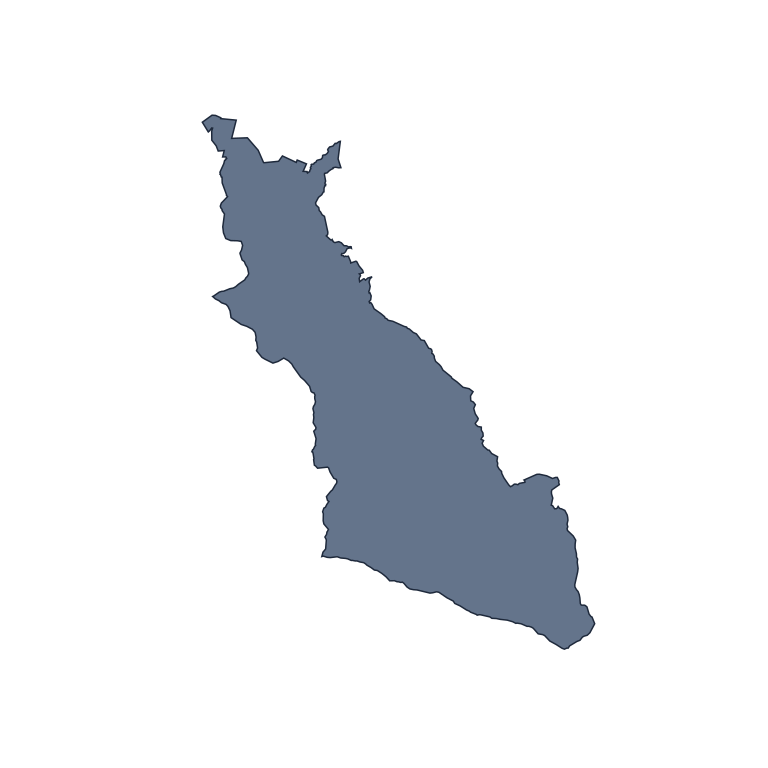 Dumitrita, Bistrita-Nasaud, Romania (Mercator projection), rotated 69°
{"feature_id": "2599482B55975962781484", "entity_name": "Dumitrita", "entity_type": "district", "adm_level": 2, "iso_a3": "ROU", "parent_name": "Romania", "parent_adm1": "Bistrita-Nasaud", "projection": "mercator", "projection_center": [24.726, 47.079], "detail": "fine", "context": "isolated", "style": "filled", "palette": "slate", "viewbox_px": 768, "rotation_deg": 69, "n_neighbors": 0, "source": "geoboundaries", "source_scale": "gbopen_adm2", "svg_char_len": 6158}
<svg xmlns="http://www.w3.org/2000/svg" viewBox="0 0 768 768"><g transform="rotate(69 384 384)"><path d="M522.8,503.9L522.9,502.4L525.5,499.1L526.8,496.4L528.5,489.6L530.9,486.8L533.0,482.5L534.2,480.6L537.0,477.8L537.3,476.8L539.0,474.1L539.5,472.6L541.5,470.3L543.5,467.0L545.3,465.7L547.0,464.9L550.7,461.9L554.2,459.7L555.7,457.1L559.9,454.0L564.7,451.2L569.8,449.2L571.4,444.7L573.3,442.7L573.7,441.6L575.3,439.4L575.6,437.8L577.3,436.8L581.7,435.3L584.6,433.3L586.6,430.2L588.1,427.0L595.7,416.0L596.4,413.2L596.8,409.5L598.1,407.4L606.2,401.8L611.5,397.1L614.2,396.6L618.4,392.5L624.6,387.9L626.5,385.9L628.1,384.9L632.2,380.4L633.2,379.9L633.5,377.8L634.1,376.5L639.4,368.6L641.4,367.3L643.2,363.2L645.4,359.8L648.6,353.6L652.1,349.0L654.7,346.7L654.9,345.5L657.0,341.9L661.5,337.3L662.2,335.5L663.9,333.4L665.5,332.2L672.5,329.6L674.8,325.7L676.4,324.2L683.4,321.3L688.8,316.7L694.5,312.5L696.2,310.6L696.1,308.0L696.6,306.7L695.0,304.6L693.5,296.2L693.5,292.9L691.4,289.5L691.1,287.6L691.4,284.3L690.0,280.9L683.3,273.2L676.1,273.3L675.3,274.1L672.3,275.0L664.8,274.4L662.9,275.5L662.2,276.3L661.4,278.6L660.8,279.2L659.3,279.4L653.9,277.8L650.7,277.2L647.3,277.2L645.1,278.0L641.9,278.5L639.7,277.8L628.9,270.6L625.7,268.9L619.7,267.5L616.8,266.0L614.6,266.3L611.5,265.2L605.4,264.3L601.9,262.9L598.5,261.0L593.7,261.8L586.5,265.2L584.6,264.9L583.2,263.6L580.4,263.3L577.1,261.1L574.3,260.3L572.0,259.9L566.8,260.5L564.1,263.1L563.1,264.7L560.7,265.3L561.9,266.8L562.2,267.6L561.7,269.4L558.0,270.2L557.1,271.3L551.0,267.3L546.7,267.0L544.5,266.3L543.0,265.2L540.8,256.4L538.5,256.2L537.3,255.4L533.3,255.7L532.7,257.4L532.6,260.5L528.0,265.0L523.9,271.3L523.1,273.7L523.8,287.7L524.9,287.2L526.3,287.7L525.3,293.2L526.0,295.1L524.8,296.7L524.2,298.3L525.0,300.8L525.2,302.7L522.9,303.7L514.5,305.7L509.5,306.1L507.8,305.6L504.5,307.0L501.2,307.5L498.6,306.2L496.4,306.2L492.6,304.0L487.5,308.4L483.5,309.5L482.8,310.8L477.7,313.5L474.5,313.6L472.4,311.3L470.4,313.2L469.1,311.9L468.2,310.1L465.2,309.2L462.0,309.7L459.1,308.6L457.3,311.6L454.9,312.8L453.4,312.9L451.3,309.4L449.9,308.4L444.5,309.5L439.0,309.0L436.0,306.1L432.9,307.0L430.7,309.0L426.1,307.5L423.1,303.6L418.9,306.2L415.4,311.4L408.2,315.1L402.9,318.6L401.6,318.6L392.2,324.0L388.2,324.5L385.7,325.4L381.4,327.7L377.8,327.7L376.1,327.1L373.6,327.5L372.5,328.4L370.8,327.4L368.7,327.3L367.7,328.0L366.6,329.5L357.9,330.8L356.2,333.6L348.8,335.8L346.4,338.2L341.8,340.6L340.4,342.2L338.9,342.5L337.5,344.5L328.6,353.3L326.0,357.3L324.1,358.0L322.7,359.4L321.5,359.3L317.5,361.5L310.3,366.3L305.4,366.6L303.2,367.2L303.2,368.4L301.6,368.3L300.7,366.3L297.2,364.4L293.6,364.5L293.7,365.2L292.0,365.0L291.2,364.0L287.9,361.9L283.4,361.4L280.9,359.5L279.6,356.7L279.3,361.2L280.4,364.0L278.6,364.9L278.5,365.6L279.8,370.1L276.4,369.3L274.5,367.1L273.3,367.1L272.4,367.6L272.6,363.4L270.2,363.2L264.8,365.0L260.0,365.6L259.3,366.2L259.1,371.7L257.7,371.3L251.9,371.5L251.6,373.1L250.8,374.2L250.9,375.6L249.7,375.9L248.8,377.6L248.0,377.5L247.1,376.6L247.4,376.3L247.6,374.6L246.8,372.6L244.4,369.9L244.8,366.6L245.7,365.8L244.1,365.5L243.6,366.4L243.4,367.9L241.6,369.4L240.5,371.8L236.9,373.2L234.9,375.2L234.4,379.1L233.8,379.8L233.1,380.3L230.9,380.6L231.3,380.9L230.7,381.1L230.4,382.1L225.1,384.8L224.8,384.6L224.9,384.0L223.9,382.8L222.1,382.0L206.1,379.5L203.9,381.1L200.5,381.6L198.9,382.3L195.9,381.7L192.6,383.3L190.4,383.0L186.3,378.3L185.0,374.3L183.0,371.8L183.1,371.2L179.7,369.8L177.6,368.1L177.9,367.5L176.7,366.8L176.1,367.3L175.2,367.1L173.7,365.8L167.3,364.6L166.1,364.0L166.5,361.3L165.5,359.2L164.8,356.7L164.6,354.3L163.8,354.0L164.3,351.5L166.0,348.7L166.6,346.7L157.4,346.2L141.8,337.8L141.6,339.0L142.4,342.4L141.8,343.3L143.6,346.5L143.2,349.8L144.3,351.8L145.2,352.7L146.9,352.5L147.9,353.7L148.5,354.7L149.0,356.6L148.5,358.8L148.7,359.4L150.5,360.3L151.4,361.6L151.6,362.4L151.2,365.9L151.3,366.7L152.5,368.1L152.6,369.8L153.3,370.5L153.4,371.4L152.9,372.7L153.2,373.5L154.7,373.8L155.2,374.9L155.9,375.3L156.8,375.1L157.6,376.3L159.1,377.4L159.3,379.2L159.7,379.7L159.2,380.0L158.1,379.7L156.5,383.3L150.7,377.5L143.8,384.8L145.7,386.5L134.7,397.1L138.3,402.6L134.4,416.8L133.9,417.1L120.7,417.7L105.2,423.3L100.1,438.2L84.7,427.4L77.7,441.4L77.0,440.9L72.9,445.0L71.4,448.2L74.5,459.8L85.7,457.7L85.1,456.0L83.2,453.1L83.7,452.3L86.1,454.2L94.7,457.4L101.5,455.3L107.1,455.3L108.8,449.5L114.2,453.3L115.3,450.3L117.1,450.0L117.4,450.5L117.3,451.4L118.1,451.8L118.3,452.8L120.9,454.6L127.5,461.3L128.5,461.3L129.4,462.0L130.0,461.6L132.5,461.7L132.7,461.2L133.5,461.3L138.3,463.0L150.8,463.2L151.3,463.5L153.0,462.9L156.8,471.0L159.3,473.1L161.2,473.2L163.1,472.6L164.1,473.0L168.1,472.0L179.5,478.2L185.4,479.7L191.5,479.6L195.2,475.7L197.8,469.4L199.7,466.2L203.9,466.3L207.9,469.0L210.1,471.5L210.7,471.7L217.3,472.0L219.7,470.5L222.6,470.5L226.4,469.8L232.1,470.7L232.8,471.0L234.5,472.9L235.4,474.9L236.9,476.7L238.7,484.1L240.0,487.6L240.4,490.3L239.8,493.7L239.9,500.4L239.3,502.5L239.2,504.9L240.8,511.4L240.9,512.6L244.2,510.9L247.1,508.2L249.9,506.6L253.1,502.9L255.6,501.9L260.5,501.5L267.2,503.0L277.2,496.0L281.0,491.4L285.8,487.2L289.6,485.8L294.3,486.6L297.4,488.1L299.1,487.8L305.1,489.1L307.2,491.1L315.4,488.4L318.1,486.3L324.7,480.2L325.0,474.8L323.9,468.3L328.2,464.8L332.4,462.9L335.4,462.5L347.7,459.3L352.2,456.9L359.5,454.3L364.9,454.7L366.4,453.8L367.1,452.6L369.0,452.4L369.8,452.4L370.9,453.2L372.9,453.9L376.0,454.3L378.2,455.9L379.7,457.9L381.6,459.2L385.7,459.7L387.2,460.8L390.1,461.5L394.8,464.0L400.2,463.1L401.7,463.9L402.9,466.5L410.7,467.0L415.5,469.7L416.9,469.9L417.3,470.9L419.6,473.3L419.9,474.3L421.4,475.6L421.8,475.0L423.5,475.1L428.8,476.2L429.3,476.8L434.9,478.1L435.9,477.3L438.8,476.2L441.4,466.5L442.4,465.8L446.9,465.9L454.0,464.7L456.0,462.7L458.4,463.0L459.8,464.0L460.6,465.4L464.4,470.2L465.1,472.2L468.5,478.1L472.6,478.5L473.9,477.5L476.0,480.6L478.1,482.9L478.3,484.6L481.3,487.1L483.3,487.1L489.9,489.8L493.1,490.3L499.8,488.0L501.6,489.9L501.7,490.3L503.8,491.5L505.7,494.0L508.4,493.7L509.3,493.9L517.1,497.6L519.1,501.2L522.8,503.9Z" fill="#64748b" stroke="#1e293b" stroke-width="1.5"/></g></svg>